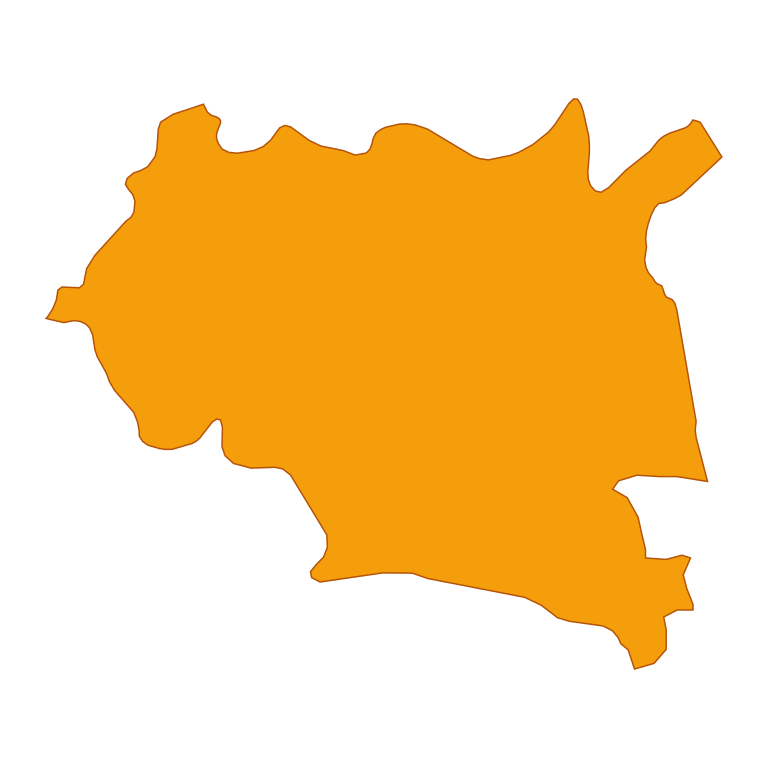 map outline of Maseru (Mercator projection)
{"feature_id": "LSO-1203", "entity_name": "Maseru", "entity_type": "District", "adm_level": 1, "iso_a3": "LSO", "parent_name": "Lesotho", "parent_adm1": "", "projection": "mercator", "projection_center": [27.777, -29.596], "detail": "fine", "context": "isolated", "style": "filled", "palette": "amber", "viewbox_px": 768, "rotation_deg": 0, "n_neighbors": 0, "source": "natural_earth", "source_scale": "10m", "svg_char_len": 2545}
<svg xmlns="http://www.w3.org/2000/svg" viewBox="0 0 768 768"><path d="M79.4,287.8L83.5,284.2L86.6,268.7L94.9,255.3L126.0,221.1L130.9,217.4L133.9,212.2L135.0,201.3L132.8,194.6L128.4,189.2L125.4,184.3L127.2,178.3L133.9,172.8L140.8,170.5L147.7,166.7L155.0,156.8L156.9,149.0L158.3,129.1L160.6,122.2L173.0,114.3L203.5,104.2L204.1,105.6L207.4,112.1L209.5,114.0L212.4,115.7L216.1,116.8L219.1,118.5L220.4,120.4L220.6,122.7L217.0,132.3L216.5,135.0L216.6,138.9L218.6,144.0L222.0,149.0L228.9,152.4L237.4,153.2L254.2,150.5L263.3,146.5L270.8,140.0L279.5,128.0L284.7,125.4L290.6,126.9L309.3,140.5L320.8,146.0L343.0,150.5L355.2,155.1L366.3,153.0L370.1,149.0L372.0,143.4L373.3,138.1L375.8,133.3L379.9,130.0L385.5,127.3L399.2,124.1L406.8,123.8L415.2,124.9L427.3,129.0L472.6,156.1L479.4,158.6L488.4,159.9L510.5,155.4L518.7,152.4L532.8,144.6L548.4,132.2L554.9,124.6L568.8,103.6L573.5,99.0L577.4,99.1L580.8,104.3L583.2,111.4L588.7,135.9L589.4,143.9L589.4,152.7L587.8,171.6L588.3,179.5L590.7,185.9L595.3,190.9L601.0,192.3L608.6,187.7L625.9,170.2L650.0,151.1L658.6,140.3L663.6,136.3L669.4,133.3L685.6,127.7L688.5,125.7L691.0,123.0L692.8,120.0L696.8,121.0L700.1,122.2L721.9,157.0L681.4,194.9L674.0,198.9L664.5,202.7L658.7,203.5L654.6,208.0L651.1,215.2L648.3,223.5L646.5,230.8L645.7,238.9L646.5,247.3L644.6,260.0L646.0,267.4L648.4,272.8L652.7,277.8L654.9,281.5L656.9,283.7L661.6,285.7L663.1,289.3L664.4,293.7L666.2,297.0L672.2,299.7L674.9,303.4L676.8,309.9L696.1,421.3L695.2,430.3L696.2,437.8L707.5,481.5L677.1,476.6L660.1,476.6L636.9,475.2L618.6,480.8L612.6,489.2L627.2,497.7L638.1,517.3L641.8,534.1L645.5,549.6L645.5,558.0L666.2,559.4L682.0,555.2L690.5,558.0L683.2,574.9L686.9,588.9L693.0,604.4L693.0,610.0L677.1,610.0L663.7,617.0L666.2,629.7L666.2,649.4L654.0,663.4L634.5,669.0L628.2,649.9L620.7,643.6L618.3,637.8L612.6,630.9L603.3,626.0L569.5,621.3L557.7,617.8L541.3,605.3L524.6,597.3L428.1,578.6L412.1,573.1L382.7,572.9L320.1,582.0L311.6,577.6L310.5,571.6L316.3,564.5L323.6,557.1L327.4,547.1L326.8,534.8L290.5,475.0L282.7,468.9L274.9,467.3L251.2,468.1L233.6,463.5L225.1,455.8L222.0,446.7L222.4,427.1L220.5,420.0L216.8,419.0L212.4,421.9L199.6,438.3L196.3,441.1L192.0,443.5L172.2,449.3L165.1,449.4L159.3,448.5L148.0,445.2L142.7,441.5L139.3,436.1L139.1,429.9L137.6,422.2L133.8,412.4L114.8,390.7L109.4,381.6L106.5,373.3L97.3,356.8L94.9,349.6L92.6,334.6L89.4,327.5L85.5,323.9L81.0,321.7L75.9,320.7L72.0,320.9L63.8,322.6L47.9,318.9L46.1,318.4L47.7,316.7L52.7,309.0L56.4,300.0L57.9,290.1L61.9,287.0L79.4,287.8Z" fill="#f59e0b" stroke="#b45309" stroke-width="1.5"/></svg>